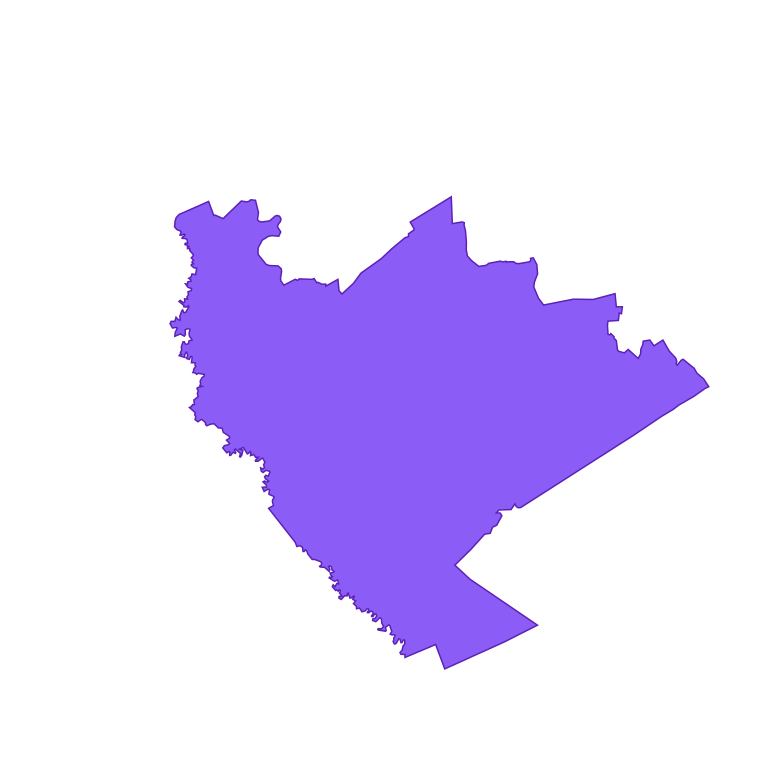 Bocsig, Arad, Romania, rotated 216°
{"feature_id": "2599482B20557831066636", "entity_name": "Bocsig", "entity_type": "district", "adm_level": 2, "iso_a3": "ROU", "parent_name": "Romania", "parent_adm1": "Arad", "projection": "mercator", "projection_center": [21.993, 46.42], "detail": "fine", "context": "isolated", "style": "filled", "palette": "violet", "viewbox_px": 768, "rotation_deg": 216, "n_neighbors": 0, "source": "geoboundaries", "source_scale": "gbopen_adm2", "svg_char_len": 6171}
<svg xmlns="http://www.w3.org/2000/svg" viewBox="0 0 768 768"><g transform="rotate(216 384 384)"><path d="M413.8,561.7L416.1,561.0L423.0,553.9L439.6,575.0L458.0,530.4L450.6,527.1L450.4,526.0L452.5,519.9L450.8,517.7L453.0,514.7L457.3,497.6L459.9,483.8L467.8,460.1L467.9,447.3L470.9,432.2L475.1,432.9L482.8,441.6L488.6,428.9L489.8,430.6L492.9,428.2L497.1,427.5L498.0,426.4L502.5,428.3L503.8,426.3L514.4,419.2L514.8,417.1L517.4,416.5L523.1,405.1L527.9,406.7L529.8,408.6L533.0,414.9L534.9,416.8L539.1,417.3L546.3,412.5L549.6,411.5L561.9,414.8L563.6,416.8L565.9,420.4L567.0,428.9L564.3,435.6L561.8,438.2L556.0,441.7L556.9,446.3L562.6,448.6L563.4,451.0L563.3,454.3L564.1,456.7L565.5,457.7L567.2,458.3L569.6,457.5L570.8,455.8L572.4,448.7L578.1,443.3L580.7,442.2L582.8,442.4L586.4,449.0L596.0,457.1L600.1,454.7L600.6,452.5L602.1,450.6L607.0,448.2L611.4,423.2L619.9,421.4L620.8,420.3L633.2,428.6L649.5,400.6L649.9,396.5L648.8,393.0L645.8,388.0L642.4,387.2L638.5,388.1L637.2,387.3L636.7,384.6L635.4,385.2L633.8,387.8L632.8,387.7L632.6,386.5L633.4,383.8L632.9,383.2L629.7,385.1L627.9,384.8L625.6,382.3L627.5,381.1L627.0,379.8L624.5,380.7L623.7,379.4L622.8,380.4L622.5,378.1L620.8,379.4L619.5,377.7L614.3,376.6L613.7,375.1L614.1,372.8L610.9,372.2L611.0,369.7L608.8,369.3L610.1,367.5L609.6,366.6L606.0,366.3L603.6,367.6L600.8,361.8L604.0,360.2L603.0,357.1L604.1,354.7L601.5,354.8L600.6,353.9L602.8,351.3L601.8,349.1L603.4,348.3L599.4,347.0L595.7,348.1L594.9,346.3L596.8,343.3L594.6,341.1L594.6,338.6L592.8,337.3L595.4,335.7L593.5,333.3L593.9,331.9L598.0,331.9L598.4,330.3L592.2,329.9L591.3,328.8L588.8,330.3L588.1,332.3L587.1,331.6L586.6,325.2L588.0,324.1L590.4,325.6L590.6,324.2L589.0,318.7L586.4,316.0L588.1,315.1L591.5,315.8L590.0,311.7L593.0,309.7L592.6,307.1L588.0,305.0L585.5,307.5L584.1,307.7L583.3,303.3L581.3,299.6L578.1,304.8L573.7,305.3L573.7,307.2L576.7,311.0L575.2,313.6L573.1,314.2L571.5,310.4L569.6,308.4L565.2,306.9L567.1,304.2L566.0,301.9L566.4,300.8L568.1,299.5L570.4,300.8L571.4,300.0L569.8,294.8L567.7,292.7L567.1,289.4L565.3,288.8L566.5,287.5L566.4,286.5L560.7,288.4L562.2,290.0L562.9,293.2L562.2,293.7L559.6,291.7L559.0,289.0L558.3,288.6L556.0,289.5L556.6,292.3L555.8,293.2L554.9,292.8L552.3,288.0L549.3,290.2L547.9,288.1L546.7,287.7L546.6,283.9L545.9,283.3L545.4,280.9L543.2,282.0L541.3,281.7L540.5,283.5L535.0,286.1L534.2,284.6L535.0,282.1L534.4,278.2L532.6,276.5L532.0,274.5L529.8,275.2L532.6,271.7L532.7,270.5L530.0,269.0L529.6,266.8L527.0,264.5L528.4,259.3L525.3,255.9L526.8,254.7L526.5,252.7L527.6,250.6L519.7,249.8L519.1,247.9L517.1,246.9L515.9,244.1L512.3,244.1L511.1,247.7L510.3,248.2L506.0,247.9L504.3,246.2L502.8,246.1L500.5,249.8L498.0,252.0L492.2,251.1L489.0,253.1L485.6,250.4L478.0,250.7L477.2,249.2L478.5,246.0L473.9,245.1L474.5,243.0L476.9,240.4L476.9,237.5L470.7,235.9L469.7,238.3L468.9,238.4L466.9,235.5L466.1,236.3L466.1,239.8L463.4,240.6L463.9,241.7L466.4,242.7L465.9,244.1L459.3,243.4L458.1,240.3L457.2,240.5L457.2,242.7L459.2,247.6L462.6,246.4L460.4,250.0L453.6,247.1L452.8,248.3L452.7,250.7L451.4,250.4L449.9,247.6L447.8,250.4L444.8,249.2L442.5,250.9L443.2,246.7L442.5,246.0L440.5,247.4L439.1,252.1L438.3,252.6L434.3,250.6L434.0,247.9L431.6,246.1L431.9,244.2L434.5,243.6L432.2,241.4L429.8,241.3L428.7,244.8L425.3,246.1L424.4,245.5L423.5,241.3L426.0,240.7L426.1,238.8L424.3,237.6L420.2,237.6L420.1,236.9L421.3,235.6L423.7,235.3L424.4,233.7L419.7,233.1L418.5,231.6L421.8,228.9L417.8,226.6L416.1,230.6L414.6,231.3L412.3,227.1L407.4,228.2L406.1,227.3L406.1,224.9L405.1,223.2L402.0,220.7L404.3,215.6L362.9,203.8L358.9,201.3L357.0,203.8L353.9,203.9L351.1,200.9L350.0,201.7L350.2,203.5L348.8,203.8L345.7,201.7L339.0,199.8L336.9,201.3L330.8,203.0L329.0,202.4L328.3,200.5L329.0,198.7L328.2,198.4L324.3,200.7L318.1,200.2L318.9,202.3L321.7,203.8L321.2,204.8L319.3,205.2L316.6,202.9L314.2,203.1L314.2,201.9L316.4,199.5L314.9,198.2L312.4,197.9L312.6,196.8L314.5,195.8L314.4,194.9L308.0,195.3L306.3,198.2L303.2,195.7L305.0,194.8L304.4,191.3L307.1,191.7L306.8,189.7L301.8,188.5L301.1,189.7L299.3,189.4L299.2,191.2L298.5,191.6L297.6,190.8L297.2,188.8L293.4,187.7L295.5,185.6L294.5,184.2L291.9,184.6L291.4,189.6L289.3,190.8L290.4,193.1L290.1,193.8L285.7,190.8L284.4,192.1L283.8,194.6L283.2,194.7L282.6,191.4L279.5,191.9L279.6,188.3L275.8,188.0L274.1,186.0L272.1,188.4L267.9,186.7L265.8,189.5L265.5,192.2L264.6,192.9L263.1,191.9L263.5,189.9L263.0,189.3L261.8,190.1L260.9,192.9L259.0,192.9L257.9,191.9L257.8,188.9L257.0,188.7L256.2,189.5L256.3,192.4L255.5,193.3L253.6,192.1L253.4,189.3L255.0,187.4L254.2,186.0L250.9,186.9L250.1,192.1L249.4,192.7L247.8,192.2L245.1,189.1L241.9,187.7L242.1,184.6L244.9,182.7L244.7,181.7L243.9,181.6L237.4,184.9L237.3,185.8L239.8,188.0L238.7,191.7L237.3,192.0L232.2,188.3L232.0,185.3L230.2,185.6L228.0,187.4L226.9,186.8L226.8,184.1L225.5,182.6L225.4,181.2L223.3,179.9L222.3,180.0L221.7,181.4L222.3,186.5L221.2,187.1L218.2,184.7L217.4,185.3L218.0,188.2L216.8,188.9L214.4,186.0L214.6,183.2L212.9,179.3L213.2,176.1L211.4,175.3L208.0,177.5L206.3,175.1L189.1,203.6L167.4,189.2L134.8,246.5L118.1,279.1L199.8,276.6L220.2,279.1L216.5,301.0L214.3,321.7L210.3,325.6L212.0,332.0L209.8,336.0L211.2,346.7L214.1,347.9L217.4,345.8L216.8,349.8L207.4,357.1L207.6,364.0L204.8,362.6L202.6,362.8L200.8,364.4L151.8,489.6L140.4,521.0L135.0,533.7L133.1,540.2L126.1,556.0L121.6,569.2L119.7,572.7L128.3,576.0L137.2,576.7L142.2,579.0L156.6,579.8L157.5,577.9L157.9,571.6L159.7,572.2L160.3,574.3L163.1,576.4L172.6,578.3L184.2,583.5L188.0,573.6L194.8,575.8L199.5,571.0L197.7,567.8L196.7,563.2L194.1,559.1L193.4,554.1L206.8,555.5L207.8,550.5L213.3,548.4L215.0,548.7L221.6,555.7L225.2,556.4L225.7,557.5L230.1,558.1L230.1,556.6L232.0,555.9L237.6,562.7L239.8,566.4L231.7,573.2L235.4,579.6L233.2,580.4L236.5,586.6L241.4,583.0L250.2,592.9L264.4,575.4L280.7,563.9L301.3,541.7L309.4,544.2L319.8,550.5L322.2,554.9L324.5,563.4L330.6,570.5L337.4,573.8L339.3,571.8L338.0,570.4L338.0,568.5L345.3,561.0L347.9,559.2L351.0,559.1L355.7,555.6L356.1,554.6L357.3,555.1L359.9,552.4L362.1,551.8L370.1,543.3L371.2,539.9L376.4,534.9L385.7,535.3L391.8,536.6L396.4,541.0L400.7,547.2L408.2,555.9L412.7,559.7L413.8,561.7Z" fill="#8b5cf6" stroke="#5b21b6" stroke-width="1.5"/></g></svg>